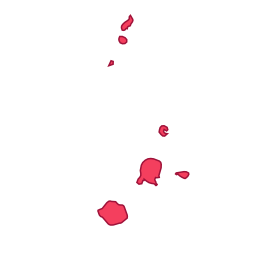 outline of Torba, rotated 44°
{"feature_id": "VUT-560", "entity_name": "Torba", "entity_type": "Province", "adm_level": 1, "iso_a3": "VUT", "parent_name": "Vanuatu", "parent_adm1": "", "projection": "mercator", "projection_center": [167.217, -13.692], "detail": "fine", "context": "isolated", "style": "filled", "palette": "rose", "viewbox_px": 256, "rotation_deg": 44, "n_neighbors": 0, "source": "natural_earth", "source_scale": "10m", "svg_char_len": 1930}
<svg xmlns="http://www.w3.org/2000/svg" viewBox="0 0 256 256"><g transform="rotate(44 128 128)"><path d="M178.7,187.0L180.0,187.3L187.9,191.2L189.0,192.1L190.0,193.4L189.2,200.3L188.8,201.5L188.0,202.3L184.8,207.9L183.0,209.8L181.6,210.5L180.2,210.7L171.6,209.9L169.8,210.6L168.0,210.5L166.4,209.8L165.1,209.1L164.2,208.7L163.6,208.0L164.2,206.4L165.4,203.8L164.7,196.5L165.0,194.2L165.8,193.0L167.1,192.3L170.2,189.7L171.1,189.6L172.2,189.8L174.4,189.7L175.5,189.1L177.4,187.4L178.7,187.0ZM170.8,157.7L170.7,155.0L170.2,153.3L168.9,151.9L166.4,150.0L163.4,145.4L162.6,142.6L162.8,139.1L163.8,136.3L165.6,134.1L167.9,132.4L173.5,130.0L175.4,130.0L177.2,131.1L179.5,133.7L183.2,140.7L184.8,141.8L183.2,143.9L182.2,144.5L183.0,146.4L184.1,147.1L185.3,147.4L186.5,148.2L187.2,148.5L187.8,148.3L188.2,148.4L188.3,149.5L188.0,150.0L187.2,150.0L186.3,149.9L185.5,150.0L183.4,151.5L181.1,152.7L178.4,153.3L175.2,153.6L175.6,154.0L176.0,154.2L176.0,154.6L175.2,155.4L176.6,158.5L174.9,160.8L172.2,161.0L170.8,157.7ZM58.5,57.1L57.7,57.5L57.5,58.0L57.6,58.8L57.6,59.8L57.3,60.3L57.0,60.8L56.5,61.2L55.8,61.6L53.7,60.5L52.6,59.1L52.2,57.2L52.3,54.4L53.1,50.8L53.2,49.4L52.9,48.4L52.2,47.7L51.6,46.9L51.5,45.3L55.8,46.5L56.7,47.1L57.4,48.5L57.9,51.5L58.5,52.6L58.5,53.4L57.8,54.2L57.6,55.0L57.7,55.9L58.5,57.1ZM155.0,103.9L155.9,105.7L157.2,106.2L158.7,105.9L160.3,104.8L160.0,108.3L158.5,109.6L156.1,109.7L153.2,109.3L151.9,107.4L150.8,105.3L150.8,103.1L152.4,101.3L155.7,100.4L157.8,101.6L157.8,103.3L155.0,103.9ZM202.8,118.3L203.9,119.1L204.5,121.0L204.5,123.1L204.1,124.7L203.0,125.3L200.8,126.0L198.3,126.5L196.1,126.5L195.2,127.9L194.1,128.0L193.9,126.8L198.6,120.5L200.4,119.0L202.8,118.3ZM58.5,67.9L60.4,66.1L63.1,65.1L65.7,65.3L67.3,67.0L67.1,69.4L65.5,71.2L63.3,72.1L61.1,71.5L60.1,70.8L59.4,70.0L58.9,69.0L58.5,67.9ZM70.9,96.6L69.1,91.4L71.1,90.4L73.0,92.5L70.9,96.6Z" fill="#f43f5e" stroke="#9f1239" stroke-width="1.5"/></g></svg>